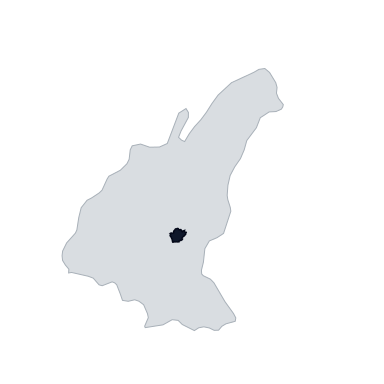 Guayabal, Azua, Dominican Republic (highlighted), rotated 295°
{"feature_id": "3306468B24687357743066", "entity_name": "Guayabal", "entity_type": "district", "adm_level": 2, "iso_a3": "DOM", "parent_name": "Dominican Republic", "parent_adm1": "Azua", "projection": "mercator", "projection_center": [-70.748, 18.718], "detail": "fine", "context": "in_parent", "style": "filled", "palette": "ink", "viewbox_px": 384, "rotation_deg": 295, "n_neighbors": 0, "source": "geoboundaries", "source_scale": "gbopen_adm2", "svg_char_len": 3968}
<svg xmlns="http://www.w3.org/2000/svg" viewBox="0 0 384 384"><g transform="rotate(295 192 192)"><path d="M67.4,252.7L67.8,239.2L69.8,233.7L67.9,228.0L59.3,221.8L54.0,213.9L49.3,206.9L50.4,205.8L59.7,205.5L63.0,203.0L69.4,195.8L70.6,190.0L70.1,185.6L66.0,180.4L64.4,174.8L69.4,170.0L76.1,163.0L77.0,160.3L76.8,157.6L69.1,150.2L68.6,147.0L72.2,138.9L71.8,133.6L68.2,116.9L66.5,114.4L70.0,113.0L72.3,108.1L75.3,103.6L79.3,101.2L83.8,99.7L92.9,99.9L105.4,103.7L108.9,103.7L120.9,100.2L130.9,98.2L140.2,100.4L144.0,103.4L151.8,108.2L155.6,109.7L167.9,109.6L171.2,110.0L181.5,117.9L190.1,121.1L195.1,121.2L204.1,118.2L208.6,118.3L213.7,125.1L214.7,134.7L219.0,143.5L225.5,149.1L257.9,146.7L265.1,151.3L262.6,155.1L258.0,157.2L242.7,156.3L235.9,156.7L234.6,160.5L234.6,164.0L243.6,164.9L252.4,166.7L261.3,169.5L270.5,171.4L280.7,172.7L290.9,174.7L307.8,181.6L326.4,197.3L331.4,200.8L334.7,205.8L333.1,211.8L326.5,221.7L322.7,224.9L317.2,226.8L313.4,230.8L309.8,237.8L307.5,238.3L304.9,238.0L300.4,234.1L297.2,228.1L288.2,222.5L277.5,223.2L261.8,219.9L252.2,221.5L242.7,221.8L232.9,220.1L223.1,219.6L213.3,221.7L203.8,225.3L200.3,227.6L194.2,233.2L191.0,235.3L167.8,238.1L161.2,234.0L155.0,228.4L146.1,227.6L133.2,232.0L125.1,233.6L121.8,235.4L120.9,237.6L120.8,245.4L119.0,250.2L106.5,268.3L99.4,281.0L96.4,284.9L93.1,285.8L86.9,278.5L82.9,275.8L78.0,274.5L76.0,270.6L76.1,265.1L74.8,259.7L71.8,255.5L67.4,252.7Z" fill="#d9dde1" stroke="#a8b0b8" stroke-width="1"/><path d="M154.0,201.5L153.8,201.3L153.7,201.2L153.1,200.6L152.9,200.4L152.8,200.2L152.7,200.0L152.3,200.2L152.2,200.2L151.9,200.2L151.8,199.9L151.9,199.7L152.0,199.6L152.2,199.4L152.3,199.3L152.3,198.9L152.4,198.7L152.5,198.5L152.6,198.4L152.9,198.3L152.9,198.2L153.0,198.2L153.1,197.9L153.2,197.7L153.0,197.4L152.9,197.2L152.6,196.8L152.5,196.7L152.4,196.5L152.4,196.3L152.3,196.2L152.4,195.9L152.6,195.6L152.8,195.4L152.9,195.1L153.0,194.9L153.0,194.7L152.9,194.5L152.9,194.4L152.7,194.0L152.2,193.7L151.9,193.3L151.8,193.2L151.7,192.9L151.6,192.7L151.4,192.6L151.1,192.5L150.5,192.5L150.3,192.5L150.2,192.5L150.0,192.4L149.9,192.3L149.6,192.3L149.5,192.2L149.3,192.1L149.2,192.1L148.7,192.0L148.3,192.1L148.1,192.2L147.9,192.3L147.6,192.5L147.3,192.6L147.2,192.6L146.9,192.5L146.7,192.3L146.6,192.2L146.5,191.9L146.4,191.7L146.3,191.4L146.2,191.0L146.2,190.9L146.1,190.6L146.0,190.4L145.9,190.3L145.8,190.2L145.4,189.9L145.4,190.1L145.3,190.3L145.2,190.5L144.9,190.6L144.6,190.5L144.5,190.4L144.4,190.4L144.0,190.4L143.7,190.4L143.4,190.5L143.2,190.7L143.0,190.8L142.9,191.0L142.7,191.3L142.6,191.6L142.5,191.8L142.3,192.0L142.2,192.3L142.0,192.5L141.5,193.0L141.3,193.2L141.2,193.3L141.1,193.6L140.9,193.8L140.7,194.0L140.3,194.2L140.2,194.3L139.9,194.6L139.5,194.9L139.4,194.9L139.2,195.1L138.8,195.3L138.7,195.4L138.6,195.5L138.4,195.7L138.4,195.8L138.5,196.0L138.7,196.3L138.9,196.5L139.0,196.6L139.3,196.7L139.4,196.8L139.5,196.8L139.5,197.1L139.5,197.6L139.6,197.8L139.7,198.0L140.0,198.3L140.1,198.5L140.2,198.8L140.3,198.9L140.4,199.2L140.4,199.3L140.5,199.5L140.6,199.9L140.7,200.1L140.9,200.4L140.9,200.5L141.0,200.6L141.3,201.1L141.5,200.9L141.8,200.9L142.1,201.0L142.3,201.4L142.4,201.5L142.5,201.5L142.9,201.6L143.0,201.6L143.3,201.7L143.4,201.8L143.4,202.0L143.5,202.3L143.5,202.5L143.8,202.7L144.0,202.7L144.1,202.8L144.3,203.0L144.5,203.2L144.8,203.2L145.0,203.3L145.3,203.3L145.3,203.2L145.3,202.9L145.4,202.7L145.5,202.6L146.0,202.3L146.3,202.3L146.5,202.4L146.8,202.5L147.2,202.7L147.3,202.7L147.6,202.7L147.8,202.8L148.0,202.9L148.3,203.1L148.5,203.2L148.6,203.3L149.0,203.6L149.4,203.7L149.6,203.7L149.9,203.7L150.0,203.7L150.4,203.9L150.6,204.0L150.8,204.1L151.0,204.1L151.4,204.0L151.6,203.9L151.8,203.7L152.0,203.7L152.4,203.7L152.5,203.7L152.6,203.8L152.8,203.9L153.0,203.7L152.9,203.5L152.8,203.2L152.7,203.0L152.7,202.7L152.7,202.4L152.7,202.2L152.8,202.1L152.9,201.9L153.0,201.8L153.4,201.7L153.5,201.6L154.0,201.5Z" fill="#0f172a" stroke="#020617" stroke-width="1.5"/></g></svg>